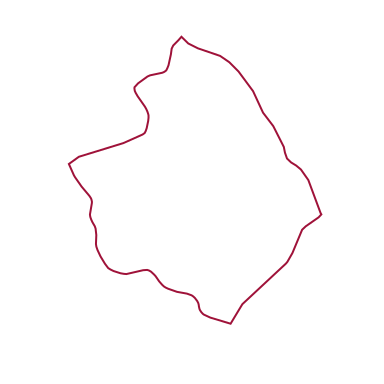 SVG path tracing the border of Le Kef, rotated 140°
{"feature_id": "TUN-109", "entity_name": "Le Kef", "entity_type": "Governorate", "adm_level": 1, "iso_a3": "TUN", "parent_name": "Tunisia", "parent_adm1": "", "projection": "mercator", "projection_center": [8.752, 36.03], "detail": "fine", "context": "isolated", "style": "outline", "palette": "rose", "viewbox_px": 384, "rotation_deg": 140, "n_neighbors": 0, "source": "natural_earth", "source_scale": "10m", "svg_char_len": 1502}
<svg xmlns="http://www.w3.org/2000/svg" viewBox="0 0 384 384"><g transform="rotate(140 192 192)"><path d="M100.3,317.7L99.4,308.2L95.1,298.2L83.0,278.2L80.0,267.4L78.9,254.4L80.4,230.0L85.6,210.8L86.6,207.1L87.4,190.2L92.7,167.5L95.5,162.4L97.7,156.6L97.1,151.0L95.2,145.3L94.1,139.2L95.2,126.4L107.0,93.3L107.3,91.7L111.3,91.2L126.9,92.6L131.9,92.3L154.3,80.7L163.8,77.2L166.0,76.8L225.5,73.7L247.1,66.3L258.7,84.0L261.7,90.4L262.0,91.7L262.1,94.1L261.8,96.5L261.4,97.7L260.2,100.0L259.4,101.2L258.6,102.9L258.1,105.1L257.9,109.1L258.2,111.3L258.7,113.1L261.2,117.4L267.7,125.2L272.5,133.3L273.6,135.7L274.2,137.6L274.5,140.1L274.6,144.6L274.0,151.0L274.1,153.2L274.6,157.3L275.4,159.5L276.4,161.1L279.7,163.5L295.0,171.3L296.8,173.1L299.0,175.7L302.9,181.9L304.3,185.1L305.1,187.6L304.8,193.0L303.5,201.4L301.7,208.2L300.4,211.6L299.0,213.9L293.0,220.5L289.4,225.9L288.5,228.2L287.7,232.8L287.0,235.4L286.1,237.9L285.4,239.2L284.6,240.4L275.8,247.9L274.9,248.9L274.1,250.4L273.7,251.3L273.4,252.4L273.1,255.0L273.1,267.1L272.1,278.5L271.7,280.8L268.3,292.6L256.0,291.7L213.2,273.6L192.9,267.8L190.4,267.6L188.4,268.4L185.7,270.0L180.0,274.5L177.6,276.8L176.1,278.6L175.5,279.7L174.5,282.2L173.7,285.0L173.2,287.6L172.1,300.2L171.4,304.2L170.8,306.3L169.5,308.4L168.7,309.2L163.4,309.9L151.9,309.1L149.1,308.3L138.2,302.5L137.0,302.1L135.8,301.8L133.6,301.7L131.5,302.6L128.5,304.2L119.7,311.0L115.4,314.9L112.2,316.3L104.8,317.0L100.3,317.7Z" fill="none" stroke="#9f1239" stroke-width="2"/></g></svg>